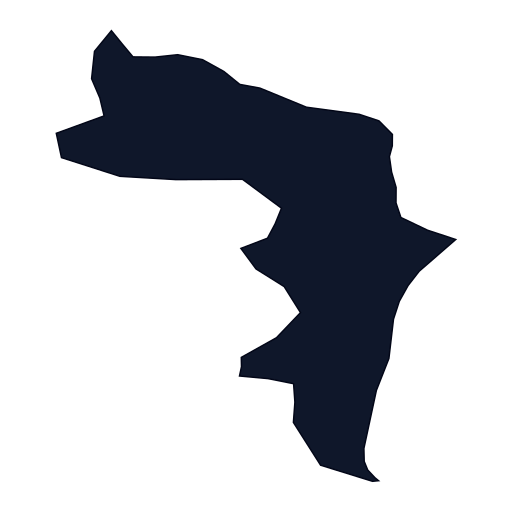 the Province of Espaillat, rotated 90°
{"feature_id": "DOM-1967", "entity_name": "Espaillat", "entity_type": "Province", "adm_level": 1, "iso_a3": "DOM", "parent_name": "Dominican Republic", "parent_adm1": "", "projection": "robinson", "projection_center": [-70.375, 19.514], "detail": "fine", "context": "isolated", "style": "filled", "palette": "ink", "viewbox_px": 512, "rotation_deg": 90, "n_neighbors": 0, "source": "natural_earth", "source_scale": "10m", "svg_char_len": 862}
<svg xmlns="http://www.w3.org/2000/svg" viewBox="0 0 512 512"><g transform="rotate(90 256 256)"><path d="M239.5,56.3L271.2,92.8L285.5,103.9L301.3,112.7L319.1,118.5L358.5,123.1L390.3,135.6L448.4,148.1L461.4,147.8L470.0,144.3L477.7,137.1L480.7,133.5L481.3,139.5L465.2,191.4L422.4,218.6L402.2,217.1L383.7,218.4L378.6,244.0L376.0,272.5L366.7,270.5L357.4,270.7L337.7,235.5L312.6,211.5L286.6,227.8L268.9,256.0L248.4,271.1L238.2,244.5L223.9,236.9L208.2,230.5L179.3,269.5L179.6,336.0L176.3,392.1L157.6,450.5L133.3,455.7L115.9,407.9L98.1,412.1L78.7,420.4L51.3,417.5L30.7,400.6L43.6,390.1L56.9,379.0L57.1,357.0L54.7,334.3L59.7,309.4L71.5,288.1L84.4,272.2L88.1,252.1L107.2,205.6L114.3,152.8L120.9,133.0L134.4,119.6L145.8,119.7L156.6,122.6L172.1,120.4L187.4,115.9L202.9,116.0L217.5,111.1L230.2,84.5L239.5,56.3Z" fill="#0f172a" stroke="#020617" stroke-width="1.5"/></g></svg>